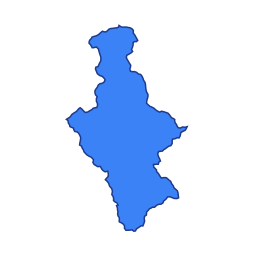 Dom Joaquim, Minas Gerais, Brazil, rotated 166°
{"feature_id": "56859067B12051432209613", "entity_name": "Dom Joaquim", "entity_type": "district", "adm_level": 2, "iso_a3": "BRA", "parent_name": "Brazil", "parent_adm1": "Minas Gerais", "projection": "robinson", "projection_center": [-43.263, -18.933], "detail": "fine", "context": "isolated", "style": "filled", "palette": "blue", "viewbox_px": 256, "rotation_deg": 166, "n_neighbors": 0, "source": "geoboundaries", "source_scale": "gbopen_adm2", "svg_char_len": 3503}
<svg xmlns="http://www.w3.org/2000/svg" viewBox="0 0 256 256"><g transform="rotate(166 128 128)"><path d="M104.5,88.1L104.8,90.4L105.3,92.7L105.5,95.7L104.0,97.7L101.9,97.5L100.1,97.3L98.5,98.4L96.6,98.9L94.7,99.8L92.7,100.5L90.7,100.5L88.9,102.2L88.4,104.4L87.5,106.4L84.7,106.2L82.7,106.7L80.9,106.0L79.4,107.5L77.8,110.8L75.3,111.5L73.2,111.9L71.8,113.1L70.3,115.0L72.4,114.9L74.8,115.8L77.4,115.3L79.1,116.1L79.9,117.8L80.1,119.6L80.9,121.5L81.1,123.3L80.6,125.0L81.8,126.3L83.3,127.4L84.3,130.1L85.5,132.6L87.1,133.7L89.0,134.9L91.4,136.2L93.4,135.7L94.7,136.8L96.4,138.4L98.0,140.9L99.8,142.5L101.3,143.6L102.5,145.1L104.0,147.5L103.2,149.8L102.1,151.8L101.0,153.8L100.5,155.8L101.2,158.1L101.3,161.0L100.9,163.8L100.5,166.0L100.5,168.3L101.3,170.5L101.5,173.0L102.0,175.2L102.8,176.9L104.7,177.8L106.2,179.9L108.1,181.2L109.8,181.5L111.8,182.4L112.0,184.7L110.8,186.5L110.2,188.4L111.0,190.6L111.6,192.8L112.3,194.9L112.5,197.1L111.6,198.8L109.6,199.3L107.2,200.0L105.0,201.1L105.6,203.4L104.3,205.0L103.0,207.3L102.2,209.9L100.4,210.2L98.8,209.8L97.4,210.6L97.8,212.4L98.3,214.1L98.9,216.5L99.9,218.8L99.2,221.6L100.3,223.5L102.0,224.9L103.5,225.5L105.4,226.4L107.2,226.8L108.8,227.1L110.3,227.9L111.9,229.7L112.7,228.2L114.4,227.9L116.7,228.2L118.8,228.4L120.7,228.7L122.6,228.5L124.0,227.6L125.8,226.6L127.8,227.0L129.4,228.1L131.5,227.1L133.9,225.8L136.5,225.1L138.9,225.1L140.9,224.9L142.0,223.6L143.4,222.9L144.6,221.6L145.3,219.7L144.2,217.8L143.3,214.5L141.3,214.2L139.1,214.3L137.6,211.9L137.6,208.9L137.4,206.0L137.2,203.4L137.7,201.0L138.5,199.3L139.8,198.0L141.1,196.3L142.2,194.8L144.5,194.8L145.3,193.1L145.0,190.9L144.6,188.1L142.8,185.8L140.5,184.3L139.3,182.4L138.5,180.4L139.9,178.5L142.1,177.6L144.4,177.8L146.4,176.9L148.0,174.9L149.8,173.5L151.1,172.1L151.5,170.3L151.5,168.1L150.3,165.9L151.6,164.1L152.2,161.6L151.7,159.1L152.2,157.0L153.3,155.5L154.9,155.6L157.0,155.6L158.6,154.6L160.9,154.0L163.4,153.2L165.9,153.5L167.2,155.7L168.2,157.6L169.5,159.2L171.2,158.6L173.1,157.1L174.9,156.2L177.0,155.6L179.2,154.7L181.5,152.7L183.9,151.9L185.7,151.3L184.4,149.7L184.7,147.3L184.0,145.3L184.0,143.4L182.5,142.2L181.0,141.2L181.0,139.4L180.5,137.5L178.5,136.6L177.2,135.0L176.6,132.7L176.2,130.4L176.8,128.4L177.6,126.6L178.5,124.8L179.1,123.2L177.5,121.7L177.3,119.5L176.6,117.7L176.4,115.5L175.4,113.6L174.4,111.9L172.7,110.1L171.0,108.8L170.0,107.3L169.1,105.5L170.4,103.1L169.7,100.8L168.3,99.4L166.7,97.8L164.2,97.4L163.3,94.2L162.3,92.5L160.8,91.0L158.1,91.0L158.2,88.4L158.9,85.8L161.1,84.4L162.5,83.3L161.3,81.6L160.2,79.2L159.9,75.9L158.5,73.2L158.4,70.4L159.8,67.3L159.0,65.1L159.0,63.1L159.6,61.1L158.6,59.5L156.8,58.0L156.3,55.6L157.9,55.5L157.6,53.2L158.0,50.9L158.1,48.8L158.9,47.1L158.9,45.0L158.1,43.1L158.6,41.2L159.2,39.1L157.5,37.7L155.9,36.0L155.0,33.9L155.7,31.7L154.8,29.3L152.8,28.8L151.1,28.5L148.6,28.1L147.4,26.5L145.7,26.3L144.1,28.1L141.4,29.0L139.1,29.9L137.2,29.4L135.6,31.7L134.4,33.6L134.2,36.1L133.3,38.3L131.2,39.1L130.2,42.1L128.3,43.2L126.8,44.4L125.0,44.7L123.5,45.2L121.3,44.7L118.9,46.1L116.4,46.5L114.4,46.1L112.3,46.8L110.7,48.8L108.6,49.6L106.1,51.6L103.7,51.0L101.8,49.6L99.9,48.3L97.6,47.7L95.8,48.0L95.5,50.5L95.2,52.9L95.3,55.1L96.6,57.1L97.8,58.8L98.1,61.1L99.1,63.3L99.5,66.0L100.9,67.6L101.8,69.2L103.0,70.6L105.6,71.3L107.8,71.4L108.5,73.1L109.0,74.9L109.7,77.0L110.8,78.6L110.5,80.4L111.5,82.3L112.5,83.8L112.1,86.4L109.4,86.0L107.4,85.5L106.2,87.6L104.5,88.1Z" fill="#3b82f6" stroke="#1e3a8a" stroke-width="1.5"/></g></svg>